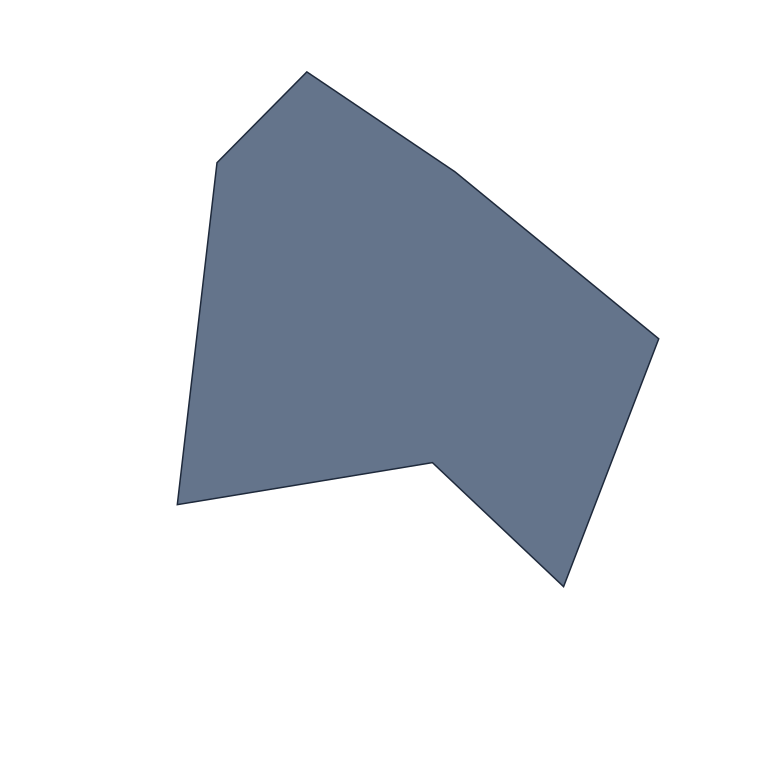 an SVG outline of English River, rotated 304°
{"feature_id": "SYC-5213", "entity_name": "English River", "entity_type": "state/province", "adm_level": 1, "iso_a3": "SYC", "parent_name": "Seychelles", "parent_adm1": "", "projection": "orthographic", "projection_center": [55.454, -4.609], "detail": "fine", "context": "isolated", "style": "filled", "palette": "slate", "viewbox_px": 768, "rotation_deg": 304, "n_neighbors": 0, "source": "natural_earth", "source_scale": "10m", "svg_char_len": 267}
<svg xmlns="http://www.w3.org/2000/svg" viewBox="0 0 768 768"><g transform="rotate(304 384 384)"><path d="M599.6,145.5L599.6,324.3L575.1,586.5L316.4,646.2L345.9,468.1L168.4,280.1L474.1,121.8L599.6,145.5Z" fill="#64748b" stroke="#1e293b" stroke-width="1.5"/></g></svg>